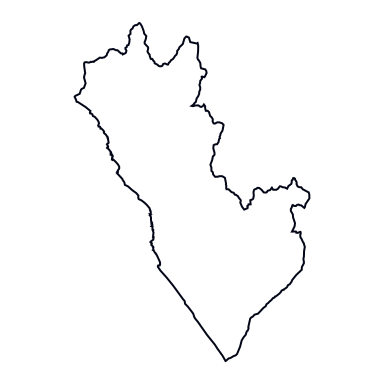 the district of Cañete, Lima, Peru
{"feature_id": "86281439B38197042578648", "entity_name": "Cañete", "entity_type": "district", "adm_level": 2, "iso_a3": "PER", "parent_name": "Peru", "parent_adm1": "Lima", "projection": "natural_earth1", "projection_center": [-76.444, -12.8], "detail": "fine", "context": "isolated", "style": "outline", "palette": "ink", "viewbox_px": 384, "rotation_deg": 0, "n_neighbors": 0, "source": "geoboundaries", "source_scale": "gbopen_adm2", "svg_char_len": 5956}
<svg xmlns="http://www.w3.org/2000/svg" viewBox="0 0 384 384"><path d="M197.6,43.0L196.7,43.5L190.3,42.1L188.9,37.6L186.6,36.5L186.0,36.7L184.4,38.5L182.8,44.0L179.5,47.2L178.7,49.1L177.2,50.9L177.2,52.5L176.5,54.6L175.2,55.7L173.1,58.9L170.8,60.4L170.3,61.5L168.8,62.9L168.1,64.5L167.3,64.6L165.3,63.6L164.2,63.6L163.1,64.1L162.5,65.5L161.7,66.2L159.7,66.3L158.7,65.9L157.3,64.6L154.7,63.3L154.4,61.7L153.2,60.6L152.7,59.4L152.1,58.9L151.1,59.1L150.6,58.6L149.7,55.8L149.6,54.6L148.5,53.4L147.5,51.6L148.2,48.1L147.9,47.0L144.7,43.6L144.6,42.1L145.7,39.4L146.3,36.1L144.2,33.6L143.6,30.8L141.9,26.3L140.2,23.5L139.2,23.0L136.9,25.1L135.3,25.1L133.4,26.4L132.5,28.6L131.2,29.4L130.4,30.8L130.5,33.9L128.6,35.7L129.6,39.2L129.3,42.6L128.4,45.1L127.1,45.4L126.7,47.1L125.4,47.9L125.4,48.8L126.4,50.6L126.0,52.4L125.5,53.1L122.8,54.4L122.5,53.5L120.8,53.3L117.5,50.2L116.0,50.2L113.4,49.0L109.7,49.5L108.7,50.3L108.4,51.6L107.2,53.4L106.6,55.4L104.4,57.3L101.7,57.9L99.9,57.6L95.2,60.7L94.5,60.9L93.8,61.9L92.8,61.6L91.6,62.0L90.8,61.8L89.6,62.5L88.5,62.6L86.0,62.1L84.5,62.5L84.1,63.6L84.2,66.3L85.2,73.3L84.7,74.3L84.0,77.4L85.6,83.3L83.9,87.9L81.9,88.8L81.0,89.7L79.7,93.8L75.3,95.9L74.6,96.8L76.1,99.9L76.6,101.8L78.0,102.1L85.7,107.1L90.4,111.0L89.9,112.7L90.1,113.4L91.5,113.6L92.4,114.4L92.9,116.0L94.7,116.8L97.1,119.4L98.3,121.2L99.0,123.1L98.2,125.6L98.5,126.4L98.9,126.2L100.1,126.9L100.5,128.6L101.2,128.4L103.1,130.2L104.1,131.6L103.8,132.3L104.3,133.4L105.8,134.5L106.5,135.8L107.5,136.6L107.4,137.6L107.9,138.1L107.7,138.3L108.0,139.0L108.6,142.6L108.4,143.1L107.6,143.5L106.9,144.3L108.1,146.2L107.4,147.2L107.7,147.3L107.5,147.6L107.9,147.6L107.8,148.5L108.3,148.7L111.1,152.3L111.2,153.1L110.6,153.2L110.7,153.8L111.0,153.9L110.8,154.3L111.4,154.3L111.4,154.7L111.9,154.5L112.5,155.4L112.3,156.0L112.6,156.2L112.3,156.5L112.5,157.1L112.1,157.6L111.9,159.6L112.6,160.0L113.2,159.5L115.7,161.8L118.0,164.5L119.2,166.6L119.2,168.6L118.0,170.3L117.9,171.4L117.3,171.6L117.7,172.5L116.9,173.0L117.5,173.6L117.0,174.4L117.7,173.9L122.4,179.0L122.8,180.2L124.3,182.2L124.9,184.9L127.9,186.3L132.3,190.2L136.3,193.1L138.4,195.6L138.2,197.3L138.7,199.1L141.5,200.4L144.6,202.8L146.9,205.0L149.7,208.4L149.9,209.8L150.4,210.5L150.2,210.8L150.8,211.9L150.7,213.6L150.0,213.9L150.5,214.2L150.0,214.4L149.9,214.9L150.3,215.4L150.0,215.6L150.6,216.1L151.0,217.6L151.0,220.8L151.5,221.6L151.3,222.4L151.8,222.7L151.5,223.6L152.1,223.6L152.0,224.2L152.4,224.9L151.5,226.1L152.4,226.2L152.6,226.6L152.4,228.1L152.6,229.4L152.9,229.6L152.6,229.9L153.2,230.4L153.0,231.0L153.5,232.7L153.1,235.9L153.5,236.7L153.1,236.8L152.9,237.5L153.5,238.2L153.3,239.6L151.2,241.2L151.2,241.9L150.5,242.2L150.8,242.6L151.3,242.4L151.8,243.4L151.5,243.7L151.7,244.7L151.4,245.0L152.8,246.3L152.8,247.0L153.4,247.3L153.2,248.7L153.5,249.8L153.1,250.1L153.6,250.4L155.1,252.9L155.7,253.3L155.8,253.9L156.2,254.1L157.5,256.6L159.8,261.7L160.1,263.1L160.0,264.9L159.6,265.5L158.3,265.4L157.8,266.2L157.9,266.9L160.6,270.8L166.6,277.5L173.2,285.7L183.2,299.4L184.6,300.9L185.1,303.8L188.0,306.8L193.2,313.6L194.3,317.1L195.2,318.6L197.9,321.9L206.8,334.6L214.9,344.7L217.4,348.6L222.4,355.5L225.5,361.0L226.0,360.8L228.5,358.5L230.4,358.0L233.8,356.0L235.8,355.3L237.1,353.9L240.1,346.6L241.7,340.4L243.5,337.4L245.6,334.9L246.8,331.3L247.5,330.9L248.2,329.5L248.6,327.9L248.3,327.1L250.2,318.6L251.2,317.5L252.8,316.6L254.5,314.7L258.1,313.6L263.5,307.8L265.6,306.3L266.6,304.1L268.1,303.1L269.6,301.5L271.2,300.2L273.1,298.0L274.4,297.6L274.9,296.6L275.8,296.4L279.4,293.6L281.0,291.8L281.5,290.7L282.8,289.9L283.7,289.9L284.2,289.1L285.9,288.1L287.2,286.9L287.8,285.3L289.8,284.2L291.6,281.6L292.2,280.0L296.4,274.8L301.7,269.8L301.9,267.0L303.9,263.2L303.9,261.7L303.4,259.1L303.9,256.5L304.1,250.8L304.8,246.9L303.6,242.8L303.0,242.2L301.4,238.6L300.9,238.1L300.4,237.0L300.2,235.3L300.7,233.5L300.6,232.1L300.1,231.8L297.7,232.9L296.3,232.7L296.3,232.0L295.9,231.5L292.0,231.6L294.6,226.3L295.0,223.1L293.1,217.5L292.8,214.3L290.9,211.1L290.8,209.2L291.7,207.5L292.4,205.2L292.9,205.0L293.9,205.9L295.9,206.0L297.2,204.8L298.7,204.6L299.6,205.2L301.1,205.3L304.3,207.9L304.9,207.1L305.6,204.0L309.4,198.4L309.3,194.4L308.7,192.4L302.8,189.3L301.3,187.3L299.3,187.2L297.6,186.4L296.5,184.0L296.7,183.0L296.4,181.6L295.1,179.7L295.0,178.8L294.4,178.2L293.6,178.0L293.1,178.2L292.8,179.6L291.8,180.3L291.6,183.0L291.2,184.0L288.5,186.0L287.1,188.7L285.0,187.5L283.0,187.3L280.6,186.3L279.8,186.3L278.0,188.7L276.3,189.8L273.1,189.7L271.9,187.7L270.1,190.1L267.8,190.7L266.7,192.2L265.9,192.6L263.7,192.4L261.6,189.8L259.1,187.9L257.3,187.9L256.6,188.7L254.6,189.4L254.0,190.0L253.5,192.3L253.8,195.7L253.2,198.7L252.5,199.4L250.3,200.2L250.6,204.3L248.5,204.3L248.2,205.5L247.3,206.1L247.7,207.5L247.5,208.2L244.2,209.6L242.0,206.7L240.3,202.6L240.8,200.7L240.5,199.8L238.7,197.7L238.1,196.4L236.1,194.9L234.8,194.6L233.7,192.8L231.5,192.1L228.6,189.3L226.5,189.2L226.2,188.2L226.3,185.6L225.9,184.5L226.0,183.3L224.9,177.8L222.2,176.2L219.3,176.2L217.8,176.7L215.1,176.8L213.2,174.5L212.8,172.3L211.4,170.8L211.4,167.6L210.4,164.8L212.2,159.9L212.9,156.4L214.3,155.1L214.5,154.5L214.5,152.6L213.3,148.5L213.6,145.2L214.8,144.5L217.2,144.1L218.5,142.1L219.1,139.1L220.0,138.1L219.6,136.8L220.3,135.3L220.6,133.6L222.5,130.6L223.6,124.9L222.2,123.3L219.1,122.3L217.4,122.3L214.8,123.6L213.6,123.4L212.6,121.2L212.8,119.3L211.7,117.3L210.2,116.0L209.0,112.1L207.6,110.8L205.8,110.8L205.1,108.0L205.2,106.3L203.9,104.5L202.8,106.2L201.2,106.9L200.4,106.8L198.4,105.4L195.1,105.5L193.0,106.2L191.7,105.9L193.3,104.8L194.3,103.3L195.9,101.8L196.6,98.6L198.3,96.0L199.2,93.6L199.2,92.0L200.2,89.5L200.2,87.3L199.4,84.9L200.0,83.3L200.3,80.8L202.0,78.6L201.6,76.8L202.0,76.5L204.3,77.2L204.9,76.6L206.6,73.0L206.2,70.8L205.2,69.4L201.1,68.3L200.6,66.6L200.3,63.1L199.1,60.8L197.8,59.2L197.4,57.8L198.1,51.5L198.2,45.7L197.6,43.0Z" fill="none" stroke="#020617" stroke-width="2"/></svg>